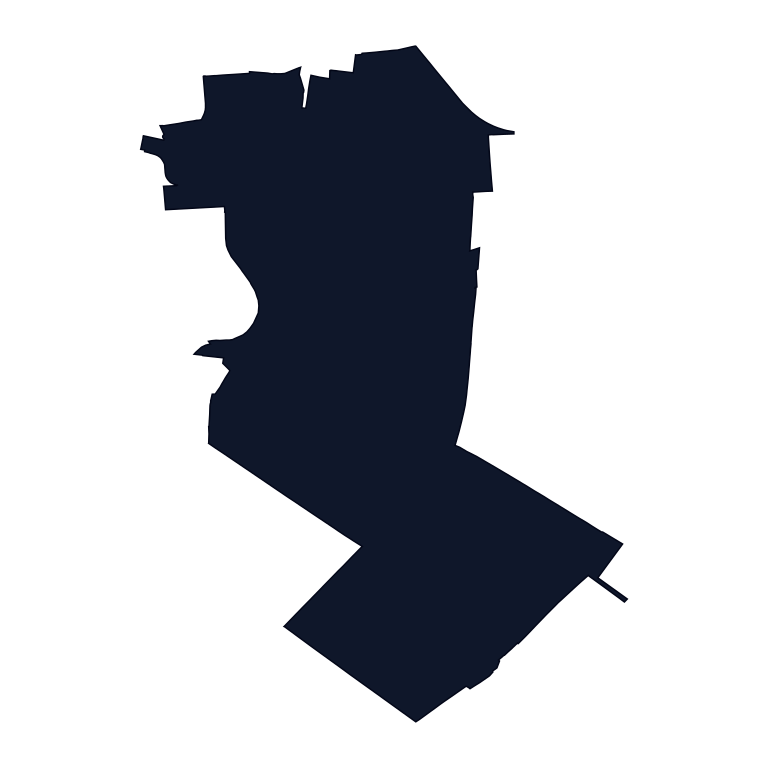 Glina, Ilfov, Romania (Natural Earth projection)
{"feature_id": "2599482B82334086063532", "entity_name": "Glina", "entity_type": "district", "adm_level": 2, "iso_a3": "ROU", "parent_name": "Romania", "parent_adm1": "Ilfov", "projection": "natural_earth1", "projection_center": [26.243, 44.373], "detail": "fine", "context": "isolated", "style": "filled", "palette": "ink", "viewbox_px": 768, "rotation_deg": 0, "n_neighbors": 0, "source": "geoboundaries", "source_scale": "gbopen_adm2", "svg_char_len": 5154}
<svg xmlns="http://www.w3.org/2000/svg" viewBox="0 0 768 768"><path d="M627.3,599.0L617.3,591.8L597.8,577.8L606.2,566.3L607.6,564.4L612.1,558.3L617.9,550.4L620.5,546.9L622.6,544.0L602.6,532.0L601.7,532.1L597.5,529.6L591.6,525.9L586.7,522.7L578.9,518.1L573.5,514.8L558.9,505.8L548.7,499.6L544.0,496.6L534.2,490.8L527.8,486.8L521.3,482.9L512.5,477.6L496.5,468.1L484.0,460.8L477.0,456.7L471.0,453.6L466.9,451.6L459.7,447.3L455.0,445.4L455.2,444.8L457.3,437.4L458.9,431.9L461.5,421.6L463.7,412.1L465.1,405.4L466.5,395.0L467.0,389.7L467.7,383.1L468.2,378.1L469.3,364.6L469.3,364.2L470.3,351.8L470.4,350.0L470.4,349.8L471.0,343.5L470.9,343.0L471.3,337.3L472.0,327.3L472.1,326.9L472.7,320.2L473.7,311.6L474.6,302.8L474.7,301.9L475.6,294.3L476.0,288.2L476.0,287.9L475.0,288.1L475.2,287.4L476.9,287.0L476.5,279.5L476.1,269.9L476.9,269.7L477.9,268.8L479.5,247.8L473.7,249.7L469.7,250.9L469.9,249.8L470.2,242.7L470.5,237.9L470.7,236.4L471.4,225.2L472.1,215.2L472.4,208.8L472.7,204.5L473.2,197.5L472.7,194.4L472.8,192.1L481.2,191.6L486.1,191.3L492.4,191.1L491.5,181.1L490.8,172.3L490.1,163.9L489.3,152.5L488.4,138.1L488.3,134.9L491.6,134.6L493.5,134.7L504.4,134.2L513.9,133.9L513.9,132.1L513.9,131.8L506.9,130.6L503.7,129.8L497.8,127.9L493.7,126.3L488.2,123.7L484.8,121.8L479.4,118.4L475.8,115.7L471.6,112.2L465.5,106.2L462.5,103.2L447.4,84.7L445.7,82.7L434.2,68.7L429.3,62.6L427.2,60.1L415.8,46.2L415.2,46.1L410.0,47.2L408.4,47.6L397.5,50.1L394.1,50.3L391.9,50.5L387.8,51.0L384.2,51.3L375.7,52.2L366.5,53.0L363.3,53.2L362.1,53.3L361.7,54.3L360.3,54.7L359.4,54.7L358.6,54.8L357.3,54.9L356.5,55.0L355.6,54.8L353.3,72.7L351.5,72.6L338.8,71.1L335.7,70.7L335.2,70.7L334.4,70.6L333.4,70.5L331.8,70.3L331.0,70.2L331.0,70.6L330.5,70.8L329.9,70.7L329.6,78.8L319.6,77.2L311.0,75.3L309.9,81.0L308.6,89.1L307.8,95.6L306.5,104.3L305.7,108.3L301.8,107.9L303.0,98.0L303.1,93.2L303.6,92.3L303.9,90.1L300.4,78.1L299.2,74.8L299.7,71.3L300.6,67.3L300.2,67.5L299.5,67.6L298.7,67.9L298.1,68.2L297.4,68.4L291.0,71.0L286.1,73.0L284.6,73.5L280.9,73.8L276.9,73.8L274.1,73.6L272.2,73.9L267.7,73.1L249.5,71.7L249.5,73.4L242.0,73.9L234.5,74.4L223.0,75.1L218.2,75.5L215.8,75.7L214.2,75.7L211.5,75.9L208.8,76.1L204.8,76.3L204.8,76.0L203.5,76.1L203.3,76.4L205.5,103.3L205.5,106.0L205.5,107.9L205.4,108.6L205.3,110.0L204.5,113.0L203.8,114.8L201.5,119.6L200.7,119.9L198.1,120.3L196.7,120.3L193.3,121.0L185.8,122.1L178.7,123.5L170.1,124.8L163.8,125.8L162.3,125.6L161.3,125.7L160.1,125.7L163.6,133.4L164.2,134.6L163.7,134.8L163.2,135.3L162.9,135.7L162.7,136.3L162.7,137.1L163.0,137.8L163.4,138.3L164.0,138.9L164.1,139.3L164.0,139.7L163.7,140.2L161.9,139.8L143.4,135.8L143.1,137.0L143.3,137.1L142.3,141.7L141.0,148.1L140.7,149.3L144.7,150.0L144.6,151.6L148.5,152.5L150.3,153.2L152.0,153.6L154.4,154.3L155.9,154.8L157.7,155.6L160.0,157.2L161.3,158.5L163.6,162.1L164.6,164.4L165.2,172.5L165.6,174.9L166.0,176.4L166.8,178.0L167.8,179.5L168.7,180.6L170.5,182.5L174.0,184.2L176.1,184.8L178.0,185.0L176.8,185.5L176.4,185.7L163.5,186.3L163.8,188.5L165.6,209.7L224.4,206.5L224.8,210.2L224.7,212.2L225.3,212.3L225.4,220.2L225.7,238.3L226.5,245.6L228.0,249.9L231.3,256.6L240.6,268.6L242.5,271.5L243.3,272.5L250.2,282.1L251.1,284.1L254.4,289.5L255.5,291.8L257.1,296.8L258.3,300.1L258.9,305.8L258.3,313.0L253.6,323.3L249.9,328.5L246.8,332.0L242.9,335.0L239.8,336.4L234.9,338.5L232.6,339.6L229.2,340.1L225.8,340.1L219.9,340.5L216.1,340.3L211.9,340.7L208.5,341.3L210.5,344.0L205.6,345.2L201.5,347.2L195.6,352.5L194.1,354.2L202.2,355.1L202.7,355.6L222.1,357.7L223.6,357.9L222.8,363.3L229.4,369.9L229.8,370.5L229.2,372.1L226.4,376.3L225.2,378.2L223.6,381.0L222.2,383.3L220.4,386.6L220.1,387.2L219.0,388.7L215.2,394.1L212.2,394.2L211.2,398.7L210.7,400.6L210.7,401.4L210.7,402.1L210.7,402.5L210.4,403.5L210.3,403.8L210.2,404.3L210.1,405.0L210.0,405.8L210.0,406.0L209.7,414.8L209.0,426.6L208.7,426.6L209.0,434.0L208.9,436.8L208.7,443.1L208.6,443.3L215.4,448.0L222.8,452.9L236.2,462.0L257.0,476.1L275.8,488.9L288.2,497.3L292.3,500.0L292.6,500.2L309.7,511.7L318.2,517.4L334.8,528.5L338.1,530.8L345.3,535.6L348.8,537.8L354.0,541.2L362.3,546.4L359.2,549.5L354.1,554.7L352.5,556.3L343.4,565.8L338.4,570.7L332.0,577.3L331.7,577.6L323.2,586.3L321.5,588.1L312.5,597.3L310.9,599.0L301.9,608.1L300.2,609.9L295.8,614.4L284.1,626.5L284.4,626.6L312.0,646.9L341.7,668.4L350.0,674.5L362.8,683.7L375.5,692.8L386.2,700.5L403.4,712.9L408.7,716.7L410.5,718.0L410.9,718.2L411.9,719.0L415.8,721.8L419.5,719.4L430.2,711.6L437.2,706.5L439.9,704.5L441.0,703.7L442.0,703.0L443.8,701.7L448.3,698.6L462.8,688.5L466.0,686.3L466.4,686.4L466.8,686.5L468.8,687.7L470.0,688.7L474.2,686.0L475.8,685.0L479.7,682.6L489.5,675.8L492.8,672.1L492.6,671.7L492.9,670.8L496.9,667.9L499.5,661.0L498.5,660.0L503.8,655.4L504.4,655.3L506.4,653.4L508.2,651.7L509.6,650.5L509.8,650.3L511.6,648.7L513.0,647.3L514.4,646.0L515.1,645.3L515.8,644.6L516.6,643.9L517.5,643.0L518.1,643.6L518.8,643.0L520.5,641.3L522.7,639.1L525.4,636.4L531.9,629.6L535.6,625.7L546.5,614.4L555.1,605.8L558.2,602.6L560.9,600.2L566.6,594.9L578.8,583.7L580.7,582.0L588.2,575.4L588.5,575.7L602.7,586.0L619.5,598.3L624.4,602.0L627.3,599.0Z" fill="#0f172a" stroke="#020617" stroke-width="1.5"/></svg>